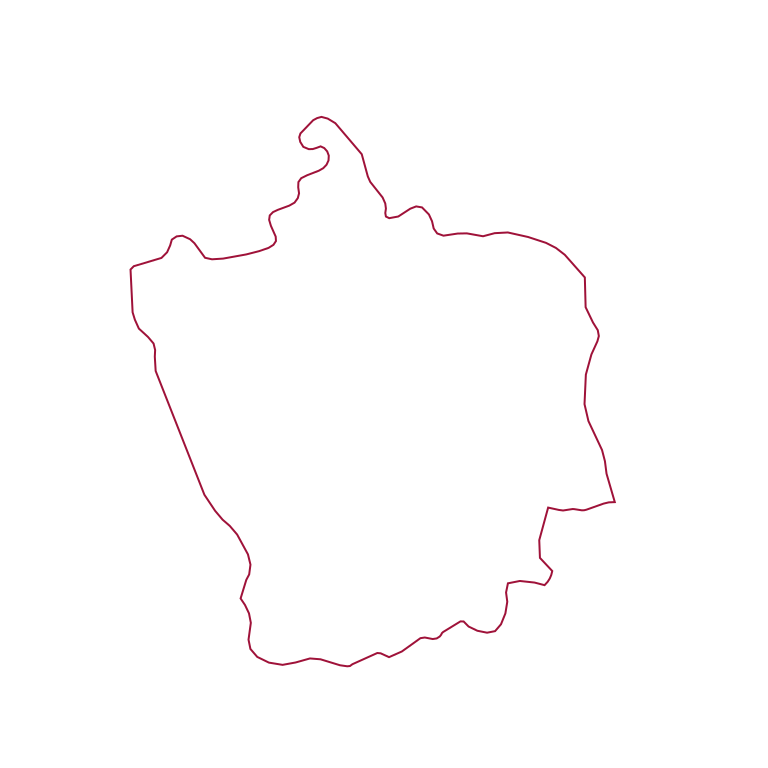 SVG path tracing the border of Braila, rotated 67°
{"feature_id": "ROU-313", "entity_name": "Braila", "entity_type": "County", "adm_level": 1, "iso_a3": "ROU", "parent_name": "Romania", "parent_adm1": "", "projection": "natural_earth1", "projection_center": [27.608, 45.126], "detail": "fine", "context": "isolated", "style": "outline", "palette": "rose", "viewbox_px": 768, "rotation_deg": 67, "n_neighbors": 0, "source": "natural_earth", "source_scale": "10m", "svg_char_len": 2193}
<svg xmlns="http://www.w3.org/2000/svg" viewBox="0 0 768 768"><g transform="rotate(67 384 384)"><path d="M288.4,223.2L292.9,210.8L305.0,193.9L317.4,179.7L325.9,172.6L335.7,167.1L364.4,157.5L392.1,168.4L409.1,167.6L418.0,166.2L423.8,167.5L428.1,170.9L437.8,181.5L454.2,194.5L480.9,207.3L498.0,210.3L530.0,209.1L541.4,210.8L553.5,214.2L582.9,217.7L580.8,223.3L579.9,228.6L578.8,246.8L578.4,249.1L577.6,251.2L573.5,257.8L572.8,259.2L570.4,268.6L568.2,272.3L561.9,281.2L588.4,302.1L605.0,308.4L621.9,302.2L625.2,304.7L627.8,307.4L630.0,310.6L631.9,314.8L625.6,323.0L618.4,335.9L615.9,347.8L623.6,353.1L632.6,355.6L642.6,361.9L650.9,370.2L654.9,378.3L653.2,386.3L647.6,394.5L640.3,400.9L633.7,403.5L632.4,406.4L635.4,426.5L636.0,428.1L637.1,429.3L638.2,431.3L638.8,434.9L637.8,438.8L633.3,445.5L632.2,449.8L637.2,472.1L637.4,486.1L630.6,492.3L629.0,495.3L629.6,522.6L630.3,525.5L629.5,528.1L625.7,534.4L612.6,550.0L607.7,559.4L605.8,574.2L602.9,587.1L595.5,598.8L585.7,607.3L575.7,610.5L566.4,608.6L551.8,599.9L542.4,597.9L533.1,598.3L525.4,599.8L510.5,587.3L506.6,582.5L498.1,577.5L487.7,575.8L465.2,578.0L454.4,581.4L445.8,585.6L434.8,589.0L415.8,592.6L282.8,589.1L269.3,584.3L263.3,581.4L256.7,580.3L248.4,582.9L237.2,588.0L227.5,588.2L219.8,587.4L179.6,572.6L177.8,568.3L181.0,539.6L178.0,532.2L172.9,526.7L168.2,522.9L167.1,517.2L168.8,511.5L175.0,505.9L180.3,503.5L197.9,499.4L202.0,493.6L205.7,483.1L210.9,460.2L212.9,447.1L213.6,437.1L212.7,431.4L210.2,427.6L206.0,426.1L194.2,426.3L188.0,425.6L184.2,423.3L182.4,419.0L182.2,413.7L182.8,401.5L182.1,395.5L179.2,390.7L175.3,387.7L169.4,386.1L164.7,383.9L162.2,379.8L161.8,373.1L162.2,360.7L161.6,355.6L159.7,351.2L156.5,347.7L152.2,345.6L147.7,345.4L143.5,346.8L140.5,349.5L140.3,353.9L139.9,357.8L138.4,361.5L134.2,365.6L128.4,366.5L123.7,365.6L120.7,363.0L113.5,346.1L113.1,341.6L113.7,337.2L117.7,332.1L124.9,326.9L163.8,314.7L186.6,317.8L192.6,317.7L211.8,312.4L218.3,312.3L223.3,313.7L227.1,316.0L230.6,316.8L233.4,314.4L235.4,305.4L232.9,291.3L233.1,285.0L236.3,280.0L245.5,276.4L253.0,276.2L260.3,277.5L266.2,276.2L270.7,271.3L274.3,257.4L277.7,248.9L286.7,235.1L288.4,223.2Z" fill="none" stroke="#9f1239" stroke-width="2"/></g></svg>